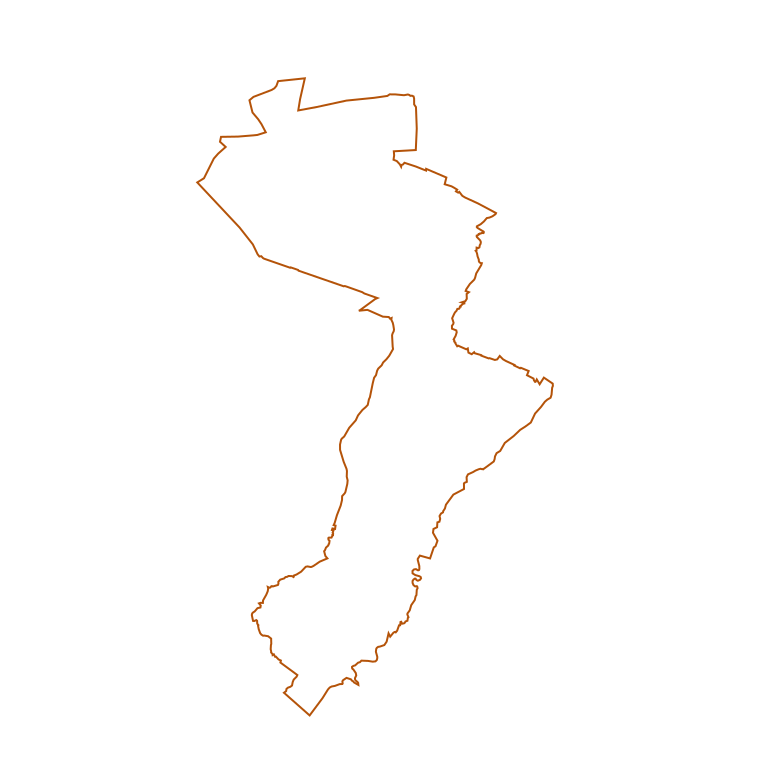 outline of Ozumba, México, Mexico, rotated 351°
{"feature_id": "50627088B81799122508207", "entity_name": "Ozumba", "entity_type": "district", "adm_level": 2, "iso_a3": "MEX", "parent_name": "Mexico", "parent_adm1": "México", "projection": "albers", "projection_center": [-98.81, 19.016], "detail": "fine", "context": "isolated", "style": "outline", "palette": "amber", "viewbox_px": 768, "rotation_deg": 351, "n_neighbors": 0, "source": "geoboundaries", "source_scale": "gbopen_adm2", "svg_char_len": 6151}
<svg xmlns="http://www.w3.org/2000/svg" viewBox="0 0 768 768"><g transform="rotate(351 384 384)"><path d="M353.6,69.7L326.8,68.3L324.4,72.7L322.0,74.8L319.0,76.0L300.0,80.0L295.5,82.7L296.6,95.3L301.2,102.9L302.2,105.1L303.6,108.1L306.6,116.9L297.9,118.2L294.1,118.0L278.5,116.8L261.7,114.4L259.9,119.1L264.7,125.1L256.3,130.5L251.2,134.7L238.4,152.6L231.1,155.7L265.8,206.8L276.3,225.6L279.5,236.2L280.9,238.6L282.8,238.6L284.2,240.7L285.2,241.5L309.5,254.5L309.9,254.2L310.4,254.4L314.2,256.4L317.1,258.0L317.3,258.7L359.5,281.2L360.6,281.1L362.4,282.0L376.9,289.9L378.7,291.5L390.9,298.1L388.6,298.7L371.9,307.3L370.6,307.7L379.3,308.2L393.4,317.3L399.2,318.6L400.2,320.4L401.8,320.0L401.3,321.7L402.2,324.8L402.4,327.3L402.4,331.8L401.8,333.5L400.4,335.4L399.6,337.1L398.4,348.5L398.4,350.9L393.6,356.9L390.3,359.9L386.5,362.6L384.6,365.2L380.7,367.9L379.3,369.8L377.5,374.0L375.2,376.3L373.0,381.5L368.0,394.9L366.7,396.8L364.7,402.1L362.4,403.9L358.7,406.2L354.8,409.7L353.4,411.0L350.4,415.5L342.8,421.8L336.5,429.6L333.7,431.4L332.9,432.4L331.1,436.9L330.3,442.2L332.0,454.5L333.7,461.9L333.8,464.1L332.7,469.7L333.0,473.5L332.1,477.0L329.0,484.6L328.1,485.8L325.1,488.2L324.4,492.0L322.2,497.3L317.0,506.2L313.5,513.6L312.2,515.5L314.0,516.3L313.0,519.5L310.5,518.6L309.7,520.1L311.2,520.8L310.0,522.9L310.4,523.4L310.0,525.3L309.3,525.2L309.2,526.0L308.1,527.5L305.5,527.1L304.9,527.5L304.8,529.1L305.7,530.4L304.8,533.2L304.2,533.6L303.7,534.8L301.1,536.5L299.7,538.9L298.7,539.8L299.2,544.7L300.8,547.4L292.8,549.4L285.8,552.7L283.8,553.3L283.0,553.3L279.9,552.2L278.1,552.3L272.8,556.4L267.8,558.5L265.0,559.1L264.7,560.3L264.3,560.5L263.9,559.8L262.8,559.3L259.7,558.7L258.2,559.3L256.5,559.3L255.0,560.4L250.9,561.0L248.7,562.8L248.5,564.7L247.8,565.9L242.5,566.6L241.8,566.1L241.1,566.1L240.2,567.0L239.5,567.3L238.8,567.2L237.5,566.3L237.6,568.0L236.7,570.6L234.7,573.8L230.7,578.8L230.1,581.3L227.9,580.8L226.2,581.1L227.6,583.5L227.0,585.4L224.0,585.6L220.7,588.4L218.9,589.2L217.9,590.0L217.3,591.5L217.6,597.5L218.7,597.8L220.9,597.2L221.6,598.0L221.3,600.9L222.2,602.5L221.8,602.9L221.9,606.5L222.7,610.7L223.7,612.4L225.2,613.7L226.3,613.7L230.1,615.0L232.7,617.8L232.0,623.1L231.5,624.1L230.6,628.2L230.7,630.6L230.5,631.5L231.6,633.2L231.6,634.3L232.9,633.8L233.8,636.4L234.6,636.4L236.8,639.6L238.9,641.0L238.1,642.9L252.9,657.9L251.9,659.4L248.6,661.8L247.2,664.1L246.0,667.4L244.2,668.4L241.6,668.9L240.0,669.9L239.3,672.0L236.9,673.3L258.7,699.7L274.1,684.7L280.9,676.9L282.9,675.3L284.9,674.6L288.3,674.5L293.3,673.5L295.9,673.8L296.3,673.4L296.4,671.1L297.3,670.1L301.0,668.4L305.1,670.5L306.0,672.1L307.0,672.8L307.6,674.0L311.6,677.2L311.7,675.1L311.1,674.0L309.5,672.3L309.2,671.1L309.3,670.0L311.0,667.5L310.9,665.0L309.0,661.0L308.4,660.6L308.0,659.4L308.2,658.3L309.8,657.6L311.5,657.4L314.8,655.2L316.7,655.0L318.4,653.7L324.9,655.0L329.5,656.5L332.2,656.6L333.7,655.5L334.4,653.9L334.7,652.5L334.1,647.2L334.9,644.4L335.6,643.5L337.1,642.7L338.9,642.7L343.5,641.9L346.3,638.9L349.5,631.0L350.6,634.5L354.3,631.2L355.6,630.6L356.4,630.6L356.8,631.1L358.4,629.7L361.1,624.7L362.2,624.8L363.1,621.6L363.8,621.5L364.4,623.6L366.4,623.5L367.1,623.1L368.1,621.9L370.1,621.5L371.0,618.7L371.7,618.2L371.0,615.3L371.3,614.3L374.0,611.6L376.3,606.7L380.6,602.2L382.0,598.7L383.0,597.6L384.2,592.3L385.2,591.0L385.2,589.6L384.8,588.8L383.1,588.8L381.7,587.3L381.1,585.0L381.4,583.0L382.6,581.7L384.1,581.0L384.7,581.2L385.5,582.8L386.7,583.6L389.0,583.0L390.2,581.7L390.0,580.3L388.9,579.4L385.0,577.6L382.6,575.5L382.9,573.1L384.5,571.9L385.9,571.8L386.7,571.9L388.3,573.3L389.0,573.4L389.6,573.1L390.0,572.2L390.4,569.3L389.8,563.0L390.0,562.0L392.6,559.1L402.2,563.5L407.6,553.2L409.5,552.3L412.3,547.2L409.1,538.6L410.2,534.9L414.0,533.8L415.1,529.0L417.2,528.7L418.4,526.0L418.2,523.1L420.0,520.9L422.2,520.0L422.6,518.8L424.7,516.5L426.3,512.9L435.2,504.1L446.6,500.2L447.4,494.7L448.1,494.2L450.5,493.6L451.0,488.9L452.8,486.4L458.2,484.9L460.9,483.8L464.3,483.0L466.0,482.8L467.6,483.5L468.5,483.4L468.7,483.7L480.3,477.7L481.5,475.5L482.3,472.9L484.4,469.9L488.3,468.3L494.1,461.1L503.9,455.7L511.3,450.6L517.0,448.1L523.0,445.0L528.6,436.8L535.5,431.2L540.1,426.7L542.8,425.0L546.4,423.6L547.8,420.8L549.5,414.0L550.5,412.3L550.7,410.0L542.9,402.7L537.7,408.6L535.6,403.4L534.1,405.5L533.6,405.6L532.7,403.9L532.5,402.0L526.6,397.7L528.9,393.8L521.7,389.4L520.9,389.8L515.5,386.1L515.9,385.6L508.1,380.4L505.4,378.2L502.7,374.4L499.7,377.4L497.3,377.6L492.3,375.0L491.4,375.1L484.5,371.2L484.6,370.7L478.4,367.8L478.0,366.7L475.3,368.3L472.3,366.2L472.3,362.0L470.7,362.6L463.3,357.8L462.2,358.2L460.8,354.8L461.0,354.3L460.0,353.1L460.3,351.9L459.7,350.9L462.3,347.6L463.9,344.3L463.8,342.4L459.8,340.0L460.2,337.1L461.7,335.7L462.3,334.4L461.6,329.7L464.3,325.7L465.3,324.4L467.1,323.0L468.2,321.3L469.7,321.5L470.4,321.0L470.9,319.8L471.5,319.1L471.9,319.4L472.3,318.6L474.2,317.4L475.1,317.0L476.8,317.0L473.5,315.5L477.3,314.9L479.1,312.8L479.7,308.0L482.2,306.6L479.2,304.9L480.1,303.3L484.5,298.6L489.5,295.0L490.6,293.3L492.4,289.2L498.6,281.8L499.5,280.0L498.4,279.7L497.3,278.7L497.1,278.1L496.9,277.3L497.1,276.0L496.4,272.7L496.3,269.7L495.9,267.6L495.4,266.8L496.3,266.5L496.8,263.8L498.4,264.5L499.6,264.0L500.3,261.9L501.3,260.7L501.8,259.2L501.8,258.3L501.2,256.8L498.8,253.5L498.6,252.7L498.8,251.9L500.0,251.8L500.9,250.7L501.7,251.0L502.4,250.3L503.3,250.5L504.2,250.1L505.7,250.5L506.2,250.2L506.3,249.2L500.8,244.5L500.2,243.5L500.4,242.8L504.5,241.3L508.1,239.1L511.5,236.2L514.3,236.1L517.4,235.3L520.7,233.7L521.4,232.7L505.0,220.3L493.4,212.6L490.8,210.4L488.4,206.0L487.2,206.6L485.2,205.0L486.7,203.5L483.9,201.1L481.6,199.3L475.2,196.2L477.9,189.8L459.3,178.1L458.9,179.8L449.5,174.2L438.8,168.7L437.2,170.1L435.6,170.4L434.9,172.1L434.0,169.5L431.5,165.8L428.5,164.0L429.8,159.7L430.1,155.7L452.0,157.9L456.3,136.9L458.9,115.5L457.5,112.6L458.4,106.8L458.2,104.6L456.7,103.6L455.1,103.5L454.4,102.6L452.9,101.8L448.9,101.9L440.7,99.8L434.9,98.8L432.4,100.0L419.1,99.8L391.2,98.2L360.9,99.9L342.1,100.4L345.7,89.5L353.6,69.7Z" fill="none" stroke="#b45309" stroke-width="2"/></g></svg>